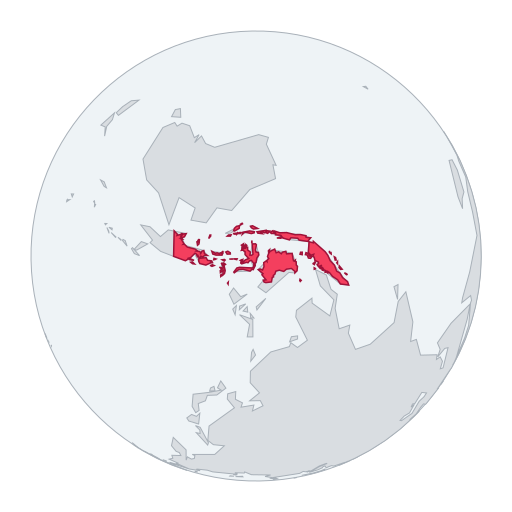 Indonesia on an orthographic globe, rotated 179°
{"feature_id": "IDN", "entity_name": "Indonesia", "entity_type": "country or territory", "adm_level": 0, "iso_a3": "IDN", "parent_name": "Asia", "parent_adm1": "", "projection": "orthographic", "projection_center": [119.503, -2.501], "detail": "fine", "context": "on_globe", "style": "filled", "palette": "rose", "viewbox_px": 512, "rotation_deg": 179, "n_neighbors": 0, "source": "natural_earth", "source_scale": "50m", "svg_char_len": 13326}
<svg xmlns="http://www.w3.org/2000/svg" viewBox="0 0 512 512"><g transform="rotate(179 256 256)"><circle cx="256" cy="256" r="225" fill="#eef3f6" stroke="#a8b0b8"/><path d="M444.4,313.6L444.1,315.3L443.9,315.5L444.4,313.6ZM372.3,63.1L380.8,68.7L383.1,71.6L375.9,65.4L371.5,62.7L370.8,62.7L366.2,60.1L363.2,58.9L357.8,55.9L354.0,53.3L350.4,51.6L350.1,51.9L344.5,49.7L345.5,49.4L335.8,45.8L328.5,42.7L343.6,48.4L358.2,55.2L372.3,63.1ZM468.2,182.2L466.4,177.2L467.7,180.1L468.2,182.2ZM465.1,174.3L465.8,176.0L465.2,174.6L465.1,174.3ZM464.5,173.5L465.0,174.1L464.7,173.9L464.5,173.5ZM464.0,173.0L464.3,173.2L464.0,173.0ZM462.5,170.7L462.0,170.0L462.1,169.5L462.5,170.7ZM378.3,66.8L376.9,65.9L378.3,66.8ZM363.7,59.2L365.2,60.2L363.0,59.2L363.7,59.2ZM352.8,54.0L348.8,52.5L352.2,53.6L352.8,54.0ZM346.0,51.3L336.4,48.3L338.9,50.0L326.4,44.2L338.7,48.3L342.5,49.1L342.8,49.8L346.0,51.3ZM321.0,41.8L318.1,41.0L320.4,41.4L321.0,41.8ZM62.8,140.1L63.4,139.6L76.5,120.7L75.5,121.1L87.3,106.7L89.0,104.8L91.1,105.2L93.9,102.0L98.6,95.3L105.3,89.6L101.0,92.7L98.1,95.7L95.4,98.1L97.8,95.6L100.1,93.4L100.6,92.9L114.7,80.5L129.9,69.3L145.9,59.5L162.7,51.0L157.6,53.4L162.2,51.2L160.6,52.1L168.2,48.8L167.5,49.3L176.1,45.6L176.1,45.9L170.6,48.2L181.9,44.6L184.1,45.1L187.0,44.1L189.5,43.0L190.7,44.9L192.8,44.1L193.2,43.2L197.7,41.2L206.0,38.9L205.9,39.6L202.9,40.6L196.5,44.2L188.5,47.3L189.4,47.4L196.3,45.0L204.1,40.5L209.1,38.9L206.2,40.7L207.7,39.9L210.2,39.4L212.6,39.8L216.1,37.9L243.5,34.1L250.8,35.4L245.2,36.8L264.3,37.4L271.1,40.3L271.5,39.2L280.9,39.7L278.9,38.7L279.8,38.2L303.0,40.9L308.4,42.7L318.8,44.0L319.0,43.7L315.6,42.3L326.4,44.2L338.9,50.0L337.8,50.4L346.4,54.4L342.7,55.2L343.6,58.2L334.6,57.8L336.1,60.8L339.3,62.1L343.8,67.8L341.9,76.1L329.3,63.4L329.4,53.1L328.1,56.4L324.2,54.1L321.2,54.6L320.6,57.5L323.2,58.7L300.7,58.3L291.0,66.8L301.9,68.1L307.4,72.5L305.9,86.8L280.2,104.6L287.2,113.5L286.7,118.7L278.6,120.8L279.1,113.1L272.1,109.4L273.6,105.1L260.7,107.0L262.3,101.1L251.6,106.1L254.2,111.3L264.9,111.3L254.9,119.1L264.0,129.4L263.6,140.9L242.9,159.8L224.2,164.8L222.7,168.7L216.1,163.8L206.1,170.9L217.3,194.3L216.5,201.0L200.8,212.9L200.7,207.9L183.2,194.8L178.9,210.8L192.2,225.0L196.7,241.4L186.0,235.8L181.6,221.4L175.4,216.4L177.8,202.3L174.1,181.8L163.4,185.3L165.0,177.2L158.2,160.9L143.3,165.8L119.1,187.0L114.6,208.1L106.8,217.6L100.3,187.4L102.9,167.8L97.1,169.8L93.2,154.0L76.7,154.1L77.4,149.4L73.6,151.9L71.4,147.5L73.7,140.0L70.9,140.9L65.6,161.0L68.9,160.3L76.0,152.0L73.5,159.5L76.1,166.0L62.2,185.3L42.7,204.4L46.0,188.9L58.0,149.4L60.5,144.8L60.8,144.4L61.3,143.5L57.0,150.9L60.9,143.5L48.8,170.5L44.6,182.9L42.3,205.4L41.3,208.0L42.1,212.7L51.1,205.6L50.1,210.9L42.6,236.4L34.7,272.7L38.7,296.2L43.2,316.7L44.9,331.3L51.5,347.1L53.3,353.2L57.9,362.3L63.2,372.3L66.3,377.5L57.8,363.1L50.4,348.2L44.2,332.7L39.1,316.8L35.2,300.6L32.5,284.2L31.0,267.6L30.8,250.9L31.8,234.3L34.0,217.8L37.4,201.5L42.0,185.5L47.8,169.8L54.8,154.7L62.8,140.1ZM176.4,45.3L171.4,47.4L165.5,49.8L166.3,49.4L176.4,45.3ZM87.9,116.1L92.6,116.7L99.7,105.8L102.1,105.3L103.6,102.1L100.2,105.0L105.3,96.4L110.6,93.4L114.8,89.1L113.4,88.8L102.8,95.9L95.4,107.9L90.4,112.4L87.9,116.1ZM73.7,124.0L70.8,127.8L71.9,126.2L72.7,125.2L73.7,124.0ZM141.0,420.8L145.7,423.5L143.3,423.8L141.0,420.8ZM53.0,311.7L61.3,348.2L58.3,348.8L53.2,338.4L47.0,316.4L48.9,309.7L48.6,299.7L53.0,311.7ZM253.9,283.7L260.9,285.3L260.7,286.3L253.9,283.7ZM246.6,279.4L254.5,280.3L245.3,281.6L246.6,279.4ZM257.6,280.8L265.7,279.4L269.2,278.0L268.6,280.1L257.6,280.8ZM241.2,279.1L212.5,276.9L201.4,273.4L203.9,269.6L222.0,271.7L241.2,279.1ZM203.0,269.4L186.1,257.7L164.0,225.6L171.9,226.3L195.2,246.1L193.7,249.3L203.9,258.5L203.0,269.4ZM244.4,252.0L242.8,262.0L226.9,259.9L219.7,257.8L214.8,244.7L217.5,238.4L223.4,239.0L246.7,219.1L254.7,225.0L247.4,233.5L254.0,242.6L244.4,252.0ZM115.2,210.1L118.6,222.9L114.5,225.0L115.2,210.1ZM256.7,205.1L246.9,213.5L256.0,202.0L256.7,205.1ZM262.4,194.2L262.8,198.8L259.1,194.0L262.4,194.2ZM222.0,174.7L215.8,175.4L215.9,172.3L223.9,169.6L222.0,174.7ZM263.1,150.9L262.1,159.8L260.5,162.7L258.2,157.0L263.1,150.9ZM214.1,35.9L202.7,38.0L194.6,40.2L190.3,42.0L191.5,40.8L203.9,37.4L214.1,35.9ZM239.8,34.0L243.5,33.1L245.2,33.4L244.6,33.7L239.8,34.0ZM239.7,33.5L238.1,32.7L242.3,32.2L242.8,32.9L239.7,33.5ZM222.2,33.3L218.9,33.8L220.5,33.5L222.2,33.3ZM391.1,399.0L393.2,401.7L386.7,407.7L378.0,413.4L370.3,413.9L391.1,399.0ZM329.0,404.7L328.8,396.0L338.0,396.8L334.1,403.8L329.0,404.7ZM397.2,394.8L403.0,388.2L405.3,378.5L404.5,387.7L408.8,389.6L395.0,401.6L397.2,394.8ZM295.4,365.4L251.2,377.3L241.5,374.4L243.7,367.6L234.3,346.3L237.5,346.9L235.1,333.0L261.0,322.6L279.5,301.9L294.2,304.8L305.2,290.0L320.4,293.0L316.0,305.1L331.9,315.7L342.5,288.8L352.3,320.8L364.0,334.0L367.3,354.9L346.8,386.1L334.9,390.9L332.6,387.2L327.7,390.1L320.0,387.4L315.6,375.4L310.8,378.3L315.4,370.4L308.4,377.0L304.4,369.3L295.4,365.4ZM404.3,326.8L406.6,328.2L410.1,334.8L406.5,332.8L404.3,326.8ZM438.7,318.3L439.6,321.3L437.3,321.2L438.7,318.3ZM443.9,315.5L441.2,315.6L444.4,313.6L443.9,315.5ZM416.3,311.3L417.4,313.5L416.5,314.0L416.3,311.3ZM415.4,310.4L416.8,307.6L416.5,310.7L415.4,310.4ZM404.6,291.1L406.0,289.8L406.6,291.2L404.6,291.1ZM271.3,286.4L281.0,279.3L286.4,279.2L271.3,286.4ZM402.6,287.3L399.2,286.3L399.5,284.7L402.6,287.3ZM402.8,283.6L402.5,281.2L404.6,287.1L402.8,283.6ZM396.2,277.1L400.4,282.0L395.7,277.5L396.2,277.1ZM393.7,277.1L390.6,274.7L390.8,274.1L393.7,277.1ZM359.2,273.7L370.7,289.1L361.5,287.1L351.2,277.1L343.3,283.6L325.3,279.7L329.4,275.5L326.9,267.9L308.4,262.6L304.7,257.5L311.2,255.2L299.0,250.0L312.3,249.5L317.8,259.8L325.4,253.3L338.5,257.1L351.3,262.3L361.7,271.2L359.2,273.7ZM312.5,270.6L314.8,270.9L312.8,273.6L312.5,270.6ZM384.7,268.1L389.2,273.8L388.7,274.9L386.5,273.7L384.7,268.1ZM364.0,270.0L375.2,264.0L377.8,264.7L370.4,272.4L364.0,270.0ZM372.4,258.4L377.6,260.5L380.4,265.5L379.3,266.5L372.4,258.4ZM285.4,258.6L284.8,261.2L281.4,258.7L285.4,258.6ZM289.8,257.5L300.2,261.5L288.8,259.6L289.8,257.5ZM258.7,245.2L261.6,251.7L271.1,248.6L263.9,253.7L270.4,264.6L268.2,268.3L261.8,256.5L259.6,267.9L255.5,267.3L253.1,257.2L257.3,245.6L261.4,241.0L278.5,240.6L258.7,245.2ZM289.7,249.8L286.9,242.3L289.0,237.7L292.0,241.8L289.7,249.8ZM279.0,224.4L272.0,215.6L265.4,218.1L278.9,208.2L283.4,218.2L279.0,224.4ZM273.3,206.2L267.1,208.3L273.6,202.5L273.3,206.2ZM265.7,205.6L265.2,200.0L269.9,201.2L265.7,205.6ZM276.5,206.8L277.9,197.6L280.2,203.3L276.5,206.8ZM263.6,187.8L273.5,197.6L260.3,192.6L260.5,175.2L266.2,175.3L263.6,187.8ZM300.3,126.4L299.3,122.0L304.7,121.8L303.8,124.8L300.3,126.4ZM321.3,118.9L305.8,120.4L293.2,122.5L296.8,124.9L293.4,131.7L288.4,124.4L297.6,117.7L307.1,117.5L309.1,112.1L316.3,109.5L315.6,102.6L319.0,100.4L322.5,106.8L321.3,118.9ZM314.9,99.8L316.3,89.0L326.1,92.2L328.0,95.3L323.2,98.7L318.3,96.7L314.9,99.8ZM319.5,87.5L314.8,85.7L306.8,70.1L307.6,67.8L318.8,80.4L315.0,79.5L315.2,83.0L319.5,87.5ZM318.7,41.4L318.2,41.0L320.4,41.8L318.7,41.4ZM278.4,37.7L280.0,37.3L282.6,37.9L278.4,37.7ZM285.8,36.7L281.8,36.2L286.1,36.4L285.8,36.7ZM272.9,35.4L280.3,35.8L273.2,36.0L272.9,35.4Z" fill="#d9dde1" stroke="#a8b0b8" stroke-width="1"/><path d="M217.4,238.4L217.5,240.0L220.8,242.9L225.8,242.3L228.5,240.1L232.9,241.4L236.4,240.5L237.5,237.4L239.0,236.3L238.8,234.8L240.1,234.3L241.0,229.8L246.6,229.2L248.4,229.8L249.2,231.7L246.4,232.0L250.4,237.1L249.3,238.2L254.0,242.3L252.2,243.0L249.7,241.9L248.2,245.2L248.4,249.2L245.8,251.0L245.1,250.3L245.2,251.4L243.3,253.2L244.5,255.2L243.3,258.5L242.5,259.3L242.1,260.3L237.2,262.6L235.8,258.9L233.3,259.8L230.7,257.8L229.6,259.3L226.1,260.2L225.4,257.6L219.8,258.0L218.8,251.3L218.0,250.3L215.9,249.5L215.9,246.2L214.7,244.9L215.2,240.5L217.4,238.4ZM163.8,225.3L172.1,226.5L174.8,230.8L179.9,234.3L182.8,238.1L184.1,239.0L183.9,237.9L184.7,237.8L186.3,240.0L188.3,241.0L189.7,243.3L192.1,244.3L190.3,245.7L193.3,244.5L194.5,245.4L195.0,246.4L193.6,247.3L193.7,248.8L197.2,250.6L197.8,253.7L199.0,254.7L198.3,256.7L201.1,255.8L203.6,258.6L202.7,269.3L198.5,268.2L198.4,269.7L186.8,259.1L184.2,255.5L181.9,250.0L177.7,245.4L175.6,239.5L172.4,237.6L169.8,232.9L164.9,228.8L163.8,225.3ZM338.4,257.1L337.4,282.6L334.1,279.0L334.6,277.9L330.0,279.1L330.9,276.5L329.7,275.2L330.1,275.0L330.8,275.1L331.2,275.0L329.2,274.0L330.2,273.7L327.8,269.5L328.4,269.0L327.4,269.1L324.5,266.1L316.8,264.0L314.8,262.5L315.6,262.0L312.2,261.5L311.1,260.1L311.7,258.5L310.0,261.8L308.1,262.4L307.5,259.4L304.6,257.4L307.5,257.4L309.3,256.0L311.2,256.8L312.1,254.7L305.9,255.2L304.5,252.5L300.9,252.0L301.9,249.7L306.3,247.8L312.3,249.4L313.4,251.8L313.1,255.6L314.1,257.6L314.7,256.5L315.7,259.1L317.0,259.8L321.4,255.5L324.0,254.9L324.2,253.9L326.7,252.5L338.4,257.1ZM278.5,240.3L275.3,244.4L272.7,245.0L260.2,244.1L258.7,245.1L258.2,248.4L260.6,251.6L262.5,251.4L264.1,249.4L265.7,249.8L270.4,248.4L271.4,249.2L271.2,250.1L269.4,249.7L266.8,252.3L263.3,253.6L266.9,257.6L266.8,260.4L269.1,262.2L269.2,263.4L266.2,264.0L265.9,265.2L264.2,264.9L264.3,262.3L261.5,260.0L262.1,257.0L260.5,256.7L259.0,257.8L259.6,268.1L256.2,268.2L255.4,267.1L256.5,262.0L255.9,260.0L253.5,259.5L253.2,256.9L255.3,253.8L256.0,249.7L256.8,248.8L257.3,249.6L256.9,246.5L259.0,242.4L260.3,242.8L262.2,241.0L269.1,242.9L273.4,242.9L278.0,239.6L278.5,240.3ZM204.0,269.7L212.6,271.1L214.0,273.0L220.7,273.6L222.3,271.5L228.9,273.5L230.8,276.3L236.2,276.8L236.1,279.2L236.9,280.6L231.7,278.8L225.0,278.9L216.4,276.6L211.2,276.7L205.6,275.4L205.8,274.1L204.5,273.6L201.0,273.3L204.0,269.7ZM288.2,242.9L291.9,240.1L292.0,242.0L290.3,243.4L292.8,245.5L289.2,244.4L288.8,245.1L290.9,249.8L288.1,247.2L287.1,241.8L287.8,239.0L289.4,237.6L289.3,241.0L288.2,242.9ZM296.0,257.6L299.2,258.7L300.1,261.5L296.4,259.4L294.9,259.9L292.6,259.0L291.2,259.8L289.7,258.7L288.8,260.0L290.0,257.5L296.0,257.6ZM268.7,280.0L262.0,281.2L257.2,280.3L257.4,279.2L260.3,278.5L267.0,280.1L269.3,278.0L268.7,280.0ZM249.2,278.2L253.8,278.8L254.6,280.2L245.5,281.5L245.6,279.7L246.9,279.0L250.0,280.4L251.1,279.9L249.2,278.2ZM277.0,281.3L277.9,281.7L277.1,284.1L275.0,286.0L272.0,286.6L272.3,283.9L277.0,281.3ZM203.6,253.0L204.8,256.1L206.6,256.5L206.0,258.5L203.5,257.5L202.6,255.0L200.1,254.5L201.4,252.7L203.6,253.0ZM328.7,279.2L325.4,279.6L327.2,276.4L329.7,275.7L330.5,277.0L328.7,279.2ZM258.0,283.0L260.1,284.3L261.0,285.8L258.9,286.3L253.9,283.5L258.0,283.0ZM284.8,258.4L286.2,260.5L284.1,261.3L281.7,259.7L281.8,258.4L284.8,258.4ZM240.2,278.2L241.2,279.2L239.1,280.9L236.4,278.3L240.2,278.2ZM245.2,278.9L244.7,281.1L241.8,280.7L243.9,278.4L245.2,278.9ZM212.0,257.0L211.4,259.0L209.7,259.0L209.8,256.5L212.0,257.0ZM314.3,267.8L314.8,271.2L313.7,271.4L312.7,270.3L312.9,268.9L314.3,267.8ZM234.8,273.6L231.2,274.6L229.6,274.0L230.9,273.3L234.8,273.6ZM270.0,263.4L269.6,266.4L270.4,267.1L268.3,268.4L269.1,264.3L270.0,263.4ZM171.6,241.1L173.2,243.0L172.8,244.6L170.1,241.3L171.6,241.1ZM177.7,253.8L176.5,253.1L175.9,250.6L176.9,250.5L177.7,253.8ZM301.7,277.8L300.9,277.8L301.0,276.6L303.0,274.3L301.7,277.8ZM300.2,246.4L302.2,247.5L299.4,246.7L300.5,247.7L299.9,248.1L298.0,247.2L300.2,246.4ZM275.3,252.7L278.8,253.6L274.9,253.5L275.3,252.7ZM268.3,266.9L266.9,267.1L267.2,264.9L268.5,264.3L268.3,266.9ZM317.6,249.1L319.6,249.4L321.4,250.9L319.6,251.2L317.6,249.1ZM284.4,276.4L283.1,277.5L280.5,277.6L281.2,276.3L284.4,276.4ZM314.1,271.8L313.2,273.4L312.3,273.3L312.5,270.8L314.1,271.8ZM289.9,252.8L287.6,253.1L286.9,252.5L287.9,251.5L289.9,252.8ZM318.0,252.8L320.7,253.1L323.3,253.7L320.8,254.0L318.0,252.8ZM269.4,250.8L271.7,251.9L270.4,252.5L270.3,251.3L269.3,252.4L269.4,250.8ZM291.0,238.2L290.1,237.3L291.6,236.1L291.7,237.6L291.0,238.2ZM275.7,278.2L277.6,278.3L277.9,278.9L275.0,279.2L275.7,278.2ZM298.4,253.0L298.0,254.4L296.0,253.7L297.0,253.2L298.4,253.0ZM243.5,261.0L242.5,261.9L243.3,259.0L243.5,261.0ZM287.6,247.5L288.8,249.5L288.4,249.7L286.6,248.2L287.6,247.5ZM167.9,237.7L165.6,236.6L165.3,235.9L165.9,235.7L167.9,237.7ZM212.4,231.9L211.2,230.8L212.2,229.8L212.7,230.7L212.4,231.9ZM300.9,251.5L300.1,251.3L299.6,250.1L301.0,250.0L300.9,251.5ZM192.0,243.2L190.1,243.2L190.2,242.3L192.0,243.2ZM187.2,238.5L187.2,239.6L186.4,239.8L186.1,238.7L187.2,238.5ZM273.2,278.7L271.7,279.8L270.5,279.7L271.1,278.7L273.2,278.7ZM269.3,289.0L268.9,288.4L270.9,287.3L271.1,288.0L269.3,289.0ZM279.6,253.3L282.8,253.4L279.1,253.5L279.6,253.3ZM198.0,241.7L198.0,243.2L196.8,242.5L197.2,241.9L198.0,241.7ZM217.8,250.4L216.7,251.3L216.8,250.2L217.8,250.4ZM182.6,258.5L182.6,259.8L181.6,257.7L182.6,258.5ZM197.8,246.4L199.6,247.6L197.5,247.2L197.8,246.4ZM265.9,267.6L265.0,266.8L265.4,266.1L265.9,266.5L265.9,267.6ZM175.4,247.8L174.6,248.9L174.6,246.8L175.4,247.8ZM189.9,242.7L189.3,242.4L189.2,241.1L189.9,241.8L189.9,242.7ZM285.0,229.4L284.2,230.3L284.4,228.4L285.0,229.4ZM274.4,278.4L274.0,279.7L273.2,279.4L274.4,278.4ZM190.0,240.7L190.1,241.4L188.4,240.3L190.0,240.7ZM196.8,248.3L198.0,248.3L197.2,249.1L196.8,248.3ZM192.6,243.1L190.9,242.5L191.0,242.0L192.0,242.4L192.6,243.1ZM270.5,261.9L270.0,262.8L269.6,262.0L270.5,261.9ZM290.5,260.1L289.1,261.1L288.9,260.8L290.5,260.1ZM330.0,279.7L328.9,279.6L328.8,279.3L329.7,278.8L330.0,279.7ZM260.1,269.6L259.8,271.6L259.8,268.9L260.1,269.6ZM181.6,257.3L180.9,257.8L180.8,256.7L181.6,257.3Z" fill="#f43f5e" stroke="#9f1239" stroke-width="1.5"/></g></svg>